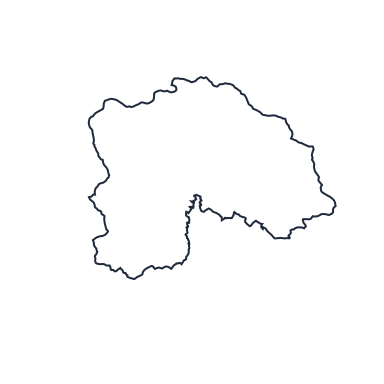 outline of Tram Tau, Yên Bái, Vietnam, rotated 126°
{"feature_id": "81297802B29855819440848", "entity_name": "Tram Tau", "entity_type": "district", "adm_level": 2, "iso_a3": "VNM", "parent_name": "Vietnam", "parent_adm1": "Yên Bái", "projection": "equal_earth", "projection_center": [104.472, 21.51], "detail": "fine", "context": "isolated", "style": "outline", "palette": "slate", "viewbox_px": 384, "rotation_deg": 126, "n_neighbors": 0, "source": "geoboundaries", "source_scale": "gbopen_adm2", "svg_char_len": 6008}
<svg xmlns="http://www.w3.org/2000/svg" viewBox="0 0 384 384"><g transform="rotate(126 192 192)"><path d="M240.5,271.9L242.9,271.7L245.4,272.1L246.3,271.9L248.6,271.1L250.1,270.0L251.1,268.9L252.3,270.5L254.7,270.6L256.7,272.4L257.7,270.7L258.0,269.8L258.2,265.8L258.6,264.8L259.8,263.0L261.2,261.8L261.4,260.9L261.4,259.2L261.9,257.3L261.7,256.3L261.1,254.7L261.7,253.4L262.5,252.8L263.0,251.6L262.7,250.3L262.9,248.6L265.4,247.2L268.3,244.5L272.4,239.6L272.7,238.6L272.8,237.4L273.3,236.9L273.6,236.7L275.7,236.7L278.3,237.4L280.4,238.7L281.8,240.4L284.6,242.4L289.2,243.9L290.4,241.9L292.7,240.0L293.5,238.2L294.0,236.2L295.6,234.4L296.1,233.4L297.5,233.3L298.6,232.8L300.3,233.1L301.1,232.9L301.5,232.5L302.3,231.2L304.5,230.0L305.7,228.6L306.0,227.6L305.3,225.6L304.2,223.6L302.5,221.6L301.9,220.1L301.8,218.0L299.9,215.5L300.3,214.5L302.5,212.0L302.5,211.3L301.4,210.0L301.6,207.9L301.5,207.6L300.4,206.7L298.4,206.4L295.6,205.3L295.9,204.6L296.2,202.0L297.5,200.3L297.5,199.5L296.6,198.3L296.7,197.8L297.5,196.6L297.3,195.3L298.1,194.9L298.6,194.3L297.9,191.6L296.6,188.0L295.8,187.2L293.3,186.5L288.3,183.8L287.2,183.9L285.7,184.7L283.0,184.7L280.0,183.6L275.8,181.4L275.3,180.8L275.2,179.4L275.7,178.5L276.0,176.7L274.8,176.2L272.6,174.4L272.4,174.2L272.0,172.6L271.3,171.0L269.7,170.6L268.2,169.8L267.4,169.0L266.9,168.1L266.5,166.9L266.3,163.6L262.0,163.6L260.0,162.7L258.9,162.7L258.5,161.7L257.1,160.9L256.5,160.2L256.4,158.9L256.6,158.0L251.9,158.3L251.3,158.1L250.7,157.5L249.8,157.3L247.7,158.6L245.8,158.4L243.7,158.7L242.2,159.5L240.4,161.0L239.4,161.0L238.6,161.5L236.6,163.5L235.9,163.4L235.6,163.6L235.6,164.7L234.4,164.8L233.1,166.3L233.0,167.1L232.3,167.6L232.2,169.0L231.0,169.7L230.6,171.5L230.2,172.2L229.8,172.3L228.2,171.6L227.5,171.7L225.9,173.7L224.7,174.1L224.0,175.6L223.5,175.6L222.6,174.8L222.2,174.8L221.8,175.3L221.2,176.7L219.7,178.0L219.4,177.9L218.9,176.3L218.7,176.2L215.8,178.0L215.4,178.9L214.3,179.6L214.6,181.3L214.5,182.8L213.5,183.8L212.3,184.5L211.3,185.0L211.1,184.1L211.2,182.4L205.1,182.6L205.0,183.4L205.6,184.7L205.4,185.1L203.7,183.1L204.0,182.1L203.9,181.7L203.0,182.1L200.9,183.7L199.5,184.1L199.6,184.5L200.3,185.6L200.0,186.8L199.5,185.6L198.5,185.7L198.3,184.8L197.4,185.0L195.4,184.4L194.8,185.7L194.2,185.9L193.9,186.5L193.9,187.6L194.1,188.8L193.5,187.8L193.0,187.4L192.2,187.3L191.9,187.1L190.7,182.4L192.4,181.6L192.5,180.5L193.3,180.3L193.5,179.3L195.2,179.7L196.2,179.5L196.5,177.6L197.1,177.0L197.4,176.9L197.9,177.8L198.1,177.9L198.8,177.4L200.4,175.7L201.3,174.3L201.8,173.4L201.7,172.4L201.1,170.8L199.3,170.4L195.6,168.9L195.2,167.0L195.2,165.8L195.6,163.2L194.5,159.5L194.6,158.2L194.3,156.2L194.9,154.9L194.8,153.4L196.3,151.9L197.3,151.3L195.0,150.3L193.8,150.3L193.3,150.0L193.1,148.7L192.2,148.2L189.8,144.5L186.2,144.8L184.4,145.8L183.3,145.9L183.6,143.0L182.7,140.9L183.1,139.7L183.1,138.8L182.8,137.4L181.7,134.5L181.6,133.1L181.9,132.8L183.8,132.3L184.9,131.5L185.6,128.6L185.7,125.1L184.5,124.5L180.9,124.5L177.7,123.4L177.7,122.1L177.5,118.7L177.2,117.3L176.6,116.4L178.4,116.2L179.7,115.3L180.0,114.7L180.3,112.9L179.6,113.1L179.2,113.9L178.7,113.9L178.3,110.9L179.4,108.1L180.0,102.4L181.0,98.2L180.9,97.7L177.1,93.4L175.1,89.8L173.3,87.9L172.4,86.2L172.0,85.9L171.6,86.0L171.2,86.7L170.9,88.1L170.5,88.3L168.0,87.8L166.5,88.2L165.7,89.3L165.2,89.7L164.3,89.5L163.7,89.2L162.4,87.6L160.6,87.2L158.4,85.7L155.9,81.9L155.5,80.0L154.7,80.0L153.1,79.6L152.5,80.3L151.9,81.2L151.6,83.0L151.2,83.9L150.3,84.8L149.5,86.0L148.8,86.1L148.2,85.7L147.2,83.9L146.4,83.2L145.5,81.4L143.7,80.1L140.7,80.1L140.6,79.6L138.0,76.3L135.2,74.8L134.0,74.4L132.1,72.2L130.1,67.7L127.5,66.1L125.4,66.0L123.2,67.7L121.7,68.1L120.1,67.9L119.1,67.5L117.2,69.3L116.2,70.5L115.4,72.1L114.9,74.4L114.8,78.5L115.1,79.0L115.7,86.1L115.5,87.7L112.9,90.4L111.9,90.9L109.9,90.9L108.7,95.7L108.2,96.6L106.9,97.5L105.7,97.7L105.0,98.6L102.9,104.9L100.2,107.9L99.6,108.4L97.9,109.2L97.3,109.8L96.1,111.8L95.6,113.5L95.1,114.1L94.1,114.0L91.6,116.8L91.0,117.1L88.4,118.1L85.9,118.7L84.5,120.6L84.3,121.0L84.4,121.6L86.4,123.8L87.6,129.2L87.9,131.4L89.3,135.4L89.1,137.6L90.5,143.4L88.2,143.8L86.8,144.3L85.2,145.6L84.2,146.9L83.5,149.7L82.4,151.9L81.3,152.8L81.3,154.5L80.3,156.7L78.1,159.3L78.0,159.8L79.3,161.9L79.3,163.1L79.6,164.4L80.3,165.9L80.7,167.9L81.5,170.2L82.4,171.5L85.4,174.8L87.9,180.1L87.9,180.8L87.4,183.5L87.8,187.8L88.7,191.4L88.6,192.0L87.5,193.6L87.6,197.7L83.8,203.7L82.7,206.4L82.6,207.0L83.3,209.0L83.5,210.3L82.0,212.1L82.2,214.2L82.0,217.1L82.3,218.0L82.3,218.6L81.6,220.6L81.5,222.2L82.6,225.5L83.7,227.1L84.4,228.9L87.1,230.9L87.8,232.2L88.2,232.5L89.0,233.0L91.7,233.5L92.2,234.1L92.9,235.8L93.2,237.1L93.2,237.8L91.8,240.7L91.9,243.2L90.9,247.5L91.1,248.3L92.8,249.1L93.1,249.5L93.8,252.2L94.2,252.7L95.7,253.2L97.1,254.0L100.2,254.4L103.2,256.6L103.7,257.5L103.8,259.6L104.5,261.1L105.2,264.3L106.3,266.6L107.2,267.7L108.3,270.2L109.9,272.0L110.2,272.9L113.4,273.1L117.5,271.3L116.8,270.0L116.4,268.6L116.5,266.8L116.9,266.2L118.0,265.0L118.6,264.7L119.9,264.7L121.6,265.5L123.8,267.6L124.3,269.2L124.7,271.7L126.4,273.0L127.2,274.0L128.2,277.0L129.5,278.3L131.4,279.6L133.3,280.5L134.4,280.6L137.9,278.3L140.3,277.2L142.4,277.7L145.7,279.2L147.3,281.0L148.1,283.6L149.1,285.4L150.4,286.2L152.0,286.6L154.8,288.4L157.3,289.6L159.2,291.4L159.5,293.0L161.3,294.6L161.6,295.4L161.7,296.9L161.5,300.5L161.8,304.7L161.8,306.5L162.3,307.9L162.4,308.7L164.1,312.2L166.1,313.8L169.4,316.0L172.3,315.4L174.3,314.0L177.0,312.8L184.3,316.2L186.8,316.7L188.9,316.6L190.1,317.5L191.6,317.9L192.9,318.0L196.0,316.7L197.4,315.6L199.4,313.1L199.9,311.9L200.2,309.9L200.8,308.8L201.9,307.9L207.5,301.9L208.9,301.1L210.1,300.8L211.0,299.9L211.1,298.8L212.3,297.9L213.2,295.8L214.4,294.2L216.1,290.4L217.8,289.0L219.1,284.8L218.5,283.0L220.5,281.2L221.8,279.0L222.5,275.7L223.5,273.4L226.2,270.3L227.1,268.8L228.1,268.6L229.1,268.1L231.1,268.5L233.7,268.3L236.4,269.2L239.5,271.6L240.5,271.9Z" fill="none" stroke="#1e293b" stroke-width="2"/></g></svg>